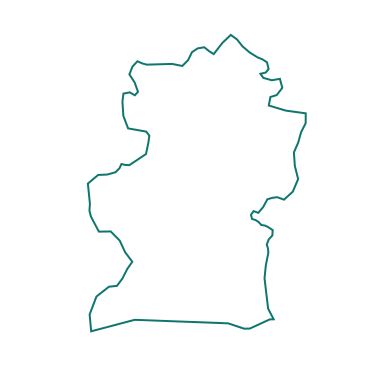 outline of Vratsa, rotated 168°
{"feature_id": "BGR-2251", "entity_name": "Vratsa", "entity_type": "Province", "adm_level": 1, "iso_a3": "BGR", "parent_name": "Bulgaria", "parent_adm1": "", "projection": "mercator", "projection_center": [23.765, 43.427], "detail": "fine", "context": "isolated", "style": "outline", "palette": "teal", "viewbox_px": 384, "rotation_deg": 168, "n_neighbors": 0, "source": "natural_earth", "source_scale": "10m", "svg_char_len": 1405}
<svg xmlns="http://www.w3.org/2000/svg" viewBox="0 0 384 384"><g transform="rotate(168 192 192)"><path d="M138.6,50.5L142.5,51.2L163.9,46.4L169.5,47.5L183.9,56.0L272.3,78.3L274.8,78.9L319.6,76.7L317.6,93.5L307.2,109.6L293.0,116.6L284.9,115.8L278.0,121.9L271.2,130.3L264.9,136.2L269.9,146.9L272.8,159.5L279.7,170.3L291.3,172.6L296.0,189.0L296.2,195.0L294.3,201.7L292.1,221.9L280.2,228.2L271.3,226.7L262.8,227.2L258.0,230.3L255.2,234.0L251.5,232.3L247.7,231.3L229.1,238.7L224.6,248.9L222.0,255.9L224.2,260.6L241.3,267.5L243.3,280.8L241.3,294.7L238.6,302.5L232.2,302.4L227.8,298.5L224.0,301.2L225.3,311.0L228.8,320.1L224.1,327.1L218.2,331.2L213.9,328.1L209.8,326.0L184.8,321.4L175.3,317.3L168.4,321.8L162.9,328.8L156.6,331.3L149.9,331.0L146.0,326.2L142.1,322.4L131.3,331.5L121.4,337.6L116.2,331.8L112.4,324.1L106.5,316.4L99.8,310.0L95.5,307.1L91.7,303.3L91.5,296.4L95.1,293.5L100.5,293.4L98.5,288.8L90.7,284.7L82.5,284.4L82.0,275.1L89.0,269.2L95.6,268.6L98.9,260.6L83.3,252.1L64.4,245.3L66.5,235.7L72.8,227.9L77.9,218.2L84.1,209.5L86.0,196.0L85.5,182.6L93.3,171.4L103.6,165.4L109.7,169.2L114.7,169.6L119.8,169.2L125.4,162.6L131.5,157.8L135.7,160.5L139.1,157.4L138.8,153.1L135.7,151.4L133.0,148.7L131.1,145.3L128.0,144.2L125.3,142.3L121.0,138.0L122.4,132.8L126.8,129.7L129.8,125.0L129.4,120.8L130.0,116.6L135.0,105.0L139.0,92.5L141.8,62.1L138.6,50.5Z" fill="none" stroke="#0f766e" stroke-width="2"/></g></svg>